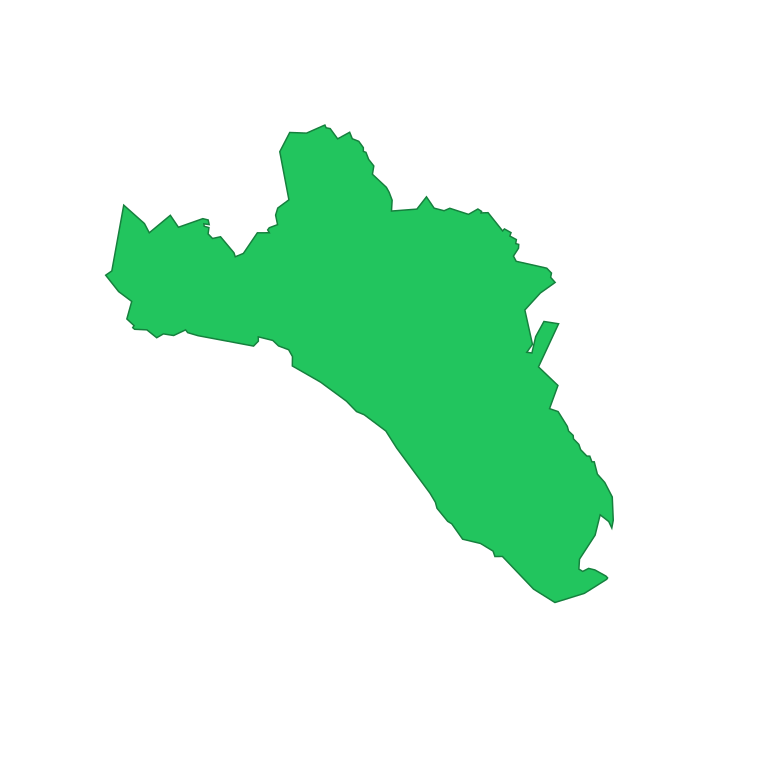 Ringerike nor, Buskerud, Norway, rotated 153°
{"feature_id": "86288312B88500439281521", "entity_name": "Ringerike nor", "entity_type": "district", "adm_level": 2, "iso_a3": "NOR", "parent_name": "Norway", "parent_adm1": "Buskerud", "projection": "albers", "projection_center": [9.963, 60.328], "detail": "medium", "context": "isolated", "style": "filled", "palette": "green", "viewbox_px": 768, "rotation_deg": 153, "n_neighbors": 0, "source": "geoboundaries", "source_scale": "gbopen_adm2", "svg_char_len": 1971}
<svg xmlns="http://www.w3.org/2000/svg" viewBox="0 0 768 768"><g transform="rotate(153 384 384)"><path d="M185.4,396.8L187.1,403.4L184.4,406.8L186.4,413.3L210.5,433.3L210.6,439.2L202.5,443.9L200.6,447.2L202.9,449.3L200.5,452.6L204.7,458.7L202.1,461.2L206.3,467.5L208.8,466.5L213.5,489.4L219.9,492.4L218.7,493.5L220.9,497.3L231.7,496.8L245.6,510.7L251.8,511.1L259.5,517.9L261.2,531.5L275.3,524.9L298.8,534.7L293.3,544.1L292.4,552.4L292.6,558.2L299.1,576.1L294.1,582.9L295.7,591.1L294.9,598.6L296.8,600.6L295.1,604.0L296.3,611.7L300.9,616.9L300.3,623.9L314.0,623.5L316.0,636.0L319.3,638.6L319.1,641.6L339.1,642.7L353.8,650.9L371.4,638.3L385.1,591.3L398.8,589.0L403.9,583.7L406.5,574.3L415.3,575.3L417.7,574.1L417.5,570.8L428.2,576.2L450.0,564.2L458.8,564.9L458.1,569.0L462.8,589.4L470.7,591.5L472.6,597.6L469.0,602.8L472.6,606.2L471.8,608.5L467.4,605.4L466.2,610.0L470.4,613.6L496.0,617.0L497.8,631.3L524.5,625.3L524.6,635.7L534.7,661.5L575.2,608.3L582.6,607.3L578.5,586.8L571.3,572.1L583.6,558.7L580.2,549.5L582.3,548.3L581.4,546.0L570.7,539.9L565.5,528.4L557.8,528.8L549.4,522.7L536.2,522.3L535.6,518.9L527.8,511.5L483.0,477.0L476.5,479.2L474.6,483.1L463.3,473.3L460.7,465.8L453.4,457.8L453.1,450.0L457.5,441.7L439.7,414.5L425.3,385.8L421.0,371.9L415.6,365.6L403.7,341.3L401.8,321.2L392.6,265.8L391.9,255.3L393.2,249.2L389.6,232.7L387.1,228.7L384.4,210.0L370.4,198.1L362.7,185.6L363.5,179.9L356.8,176.6L343.9,133.4L330.9,111.7L300.4,106.5L274.2,108.9L272.8,109.7L273.4,112.0L280.5,122.6L285.4,126.8L292.0,126.8L294.4,130.6L289.3,139.2L264.5,153.5L250.8,169.3L246.2,159.4L246.4,152.3L241.6,158.5L231.9,179.7L232.0,196.0L234.8,206.8L232.0,219.2L234.1,220.3L233.4,226.3L236.0,227.7L238.6,236.2L237.8,241.7L240.1,249.1L238.8,252.3L240.9,258.3L239.9,263.0L241.4,280.4L247.7,286.9L229.7,303.7L238.6,329.1L201.1,358.4L213.1,367.1L227.3,357.4L238.1,344.5L242.4,347.4L233.7,352.0L224.9,386.0L203.4,394.1L185.4,396.8Z" fill="#22c55e" stroke="#15803d" stroke-width="1.5"/></g></svg>